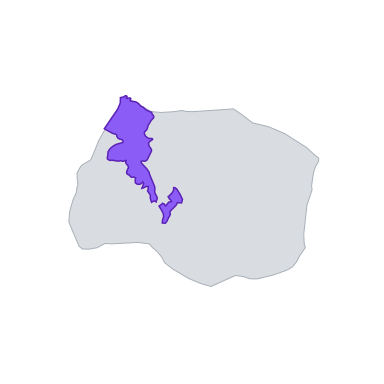 where Mafeteng sits in Lesotho, rotated 56°
{"feature_id": "LSO-3453", "entity_name": "Mafeteng", "entity_type": "District", "adm_level": 1, "iso_a3": "LSO", "parent_name": "Lesotho", "parent_adm1": "", "projection": "natural_earth1", "projection_center": [27.626, -29.78], "detail": "fine", "context": "in_parent", "style": "filled", "palette": "violet", "viewbox_px": 384, "rotation_deg": 56, "n_neighbors": 0, "source": "natural_earth", "source_scale": "10m", "svg_char_len": 3723}
<svg xmlns="http://www.w3.org/2000/svg" viewBox="0 0 384 384"><g transform="rotate(56 192 192)"><path d="M245.2,251.0L236.3,253.9L235.1,254.2L229.4,253.5L221.8,254.2L215.8,255.9L211.1,256.5L203.6,265.0L189.8,288.0L186.1,292.8L185.1,301.9L181.9,309.1L178.0,314.7L174.1,316.0L162.7,313.8L148.0,310.9L139.4,304.0L131.8,294.8L127.8,288.2L123.6,284.6L122.2,282.5L116.2,279.4L114.0,277.9L112.0,276.7L109.6,272.3L108.1,268.5L108.7,257.8L104.5,251.4L97.2,240.5L92.7,231.6L86.4,219.5L82.6,209.1L78.6,198.3L79.1,193.6L82.9,190.5L94.0,185.0L102.6,180.8L108.8,173.1L115.5,161.7L118.8,154.8L122.1,151.6L125.6,146.8L131.9,136.0L138.9,124.0L146.3,111.1L155.7,107.4L168.6,103.1L180.9,91.9L195.6,82.4L219.4,72.1L230.5,69.5L234.7,68.0L237.4,69.9L240.2,75.8L244.2,80.8L253.6,89.3L257.5,91.4L267.2,104.1L277.5,112.8L289.3,122.8L297.4,127.8L301.5,129.2L304.9,138.0L308.4,144.6L310.3,150.8L309.9,156.8L306.1,171.5L300.5,186.6L296.1,192.8L290.7,196.8L285.5,202.7L283.4,214.8L281.0,229.0L274.2,234.8L268.8,238.6L261.5,243.3L245.2,251.0Z" fill="#d9dde1" stroke="#a8b0b8" stroke-width="1"/><path d="M82.0,192.3L82.4,192.0L85.6,188.4L86.1,188.0L88.9,186.8L91.8,186.5L92.8,186.1L94.6,185.0L97.4,184.4L99.5,183.5L102.7,181.5L103.2,180.9L103.4,181.0L105.5,181.5L106.6,181.3L107.1,181.3L107.8,181.4L108.4,181.7L108.9,182.2L109.3,183.2L109.7,185.3L110.0,186.3L111.2,188.6L111.6,189.8L112.3,191.1L114.8,194.1L115.3,195.5L115.5,196.5L115.5,197.4L116.0,198.2L116.7,198.7L118.2,199.1L118.9,199.3L119.9,199.2L122.5,198.4L123.1,198.1L123.5,197.7L125.2,195.4L125.8,195.0L126.3,195.2L126.5,196.1L126.5,198.9L126.9,200.1L128.0,201.2L130.3,201.9L133.5,201.8L134.5,202.0L135.5,202.8L140.3,211.2L140.4,212.9L139.9,214.3L138.9,215.3L138.2,216.3L138.3,217.2L139.4,217.8L147.7,216.5L151.6,216.5L153.7,217.3L166.5,219.9L168.7,221.0L170.8,222.8L172.4,223.3L176.9,223.9L178.1,224.6L178.9,225.6L179.2,226.4L180.2,227.2L178.1,228.5L177.9,231.3L176.5,230.9L173.9,230.1L171.3,228.3L168.9,228.3L166.3,228.3L164.7,226.4L163.0,225.2L161.8,226.8L161.5,229.7L160.9,231.5L159.7,229.7L158.0,227.4L156.2,227.2L156.7,229.7L156.3,231.3L154.7,233.2L152.6,233.8L150.4,232.5L148.8,230.9L146.8,232.1L146.0,234.0L144.6,234.4L142.9,234.5L142.0,235.2L140.8,235.7L139.9,235.7L138.9,235.0L138.3,234.3L137.7,233.5L136.2,231.1L135.4,230.6L134.1,230.4L132.0,230.7L130.7,230.5L129.8,230.0L129.4,229.3L129.0,229.0L128.8,229.1L128.4,231.0L128.2,231.6L127.9,232.1L127.5,232.6L126.9,233.1L126.4,233.4L126.0,233.8L125.9,234.2L125.7,234.8L125.5,235.4L125.2,235.9L121.1,240.3L120.8,240.6L120.6,241.0L120.2,242.0L119.9,242.4L119.4,242.8L118.8,243.0L117.9,243.5L117.3,243.6L116.6,243.4L114.5,241.3L111.9,239.3L111.6,239.0L111.5,238.7L110.7,236.8L110.3,235.7L110.1,234.3L109.9,232.6L109.9,230.5L110.1,228.3L110.4,227.2L112.1,222.3L112.1,221.5L111.7,220.8L110.8,220.6L109.3,220.9L108.4,221.6L107.8,222.3L107.1,222.8L106.3,223.2L104.3,223.3L103.5,223.1L102.9,222.7L102.4,222.6L101.7,222.8L98.9,225.1L92.1,228.6L90.5,229.3L82.3,208.6L81.4,206.8L78.5,202.2L77.2,201.0L75.9,200.2L74.5,199.0L73.7,198.6L74.9,195.6L74.9,193.6L75.7,192.5L76.7,192.5L77.7,193.9L78.3,193.0L79.1,191.1L79.6,190.6L80.6,190.6L80.9,191.2L81.2,191.9L82.0,192.3ZM181.3,202.9L184.4,203.1L186.7,203.1L190.7,203.7L192.8,204.0L195.2,206.8L192.7,210.0L194.2,212.9L195.6,220.2L195.8,221.1L197.1,221.9L198.5,222.5L199.3,224.0L200.3,226.0L202.2,229.1L203.0,231.5L202.1,232.7L201.1,234.0L199.7,232.9L198.2,231.5L196.8,229.5L194.2,228.0L191.5,227.6L189.2,227.4L185.2,227.2L185.2,224.4L184.9,222.7L186.6,221.7L188.7,221.7L188.7,220.9L187.9,218.7L187.4,216.8L188.4,214.4L187.3,214.0L185.2,214.6L182.5,214.4L182.5,213.3L182.0,211.1L181.5,208.7L180.0,206.0L178.1,204.8L178.9,203.7L181.3,202.9Z" fill="#8b5cf6" stroke="#5b21b6" stroke-width="1.5"/></g></svg>